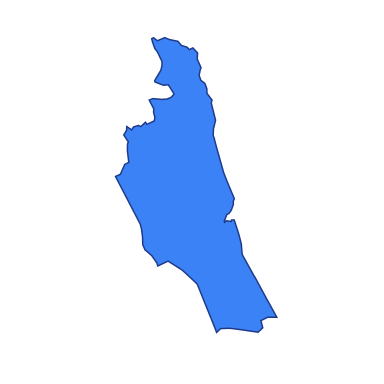 outline of Vega Alta, Puerto Rico, rotated 153°
{"feature_id": "32010507B37384670628479", "entity_name": "Vega Alta", "entity_type": "district", "adm_level": 2, "iso_a3": "PRI", "parent_name": "Puerto Rico", "parent_adm1": "", "projection": "robinson", "projection_center": [-66.341, 18.408], "detail": "fine", "context": "isolated", "style": "filled", "palette": "blue", "viewbox_px": 384, "rotation_deg": 153, "n_neighbors": 0, "source": "geoboundaries", "source_scale": "gbopen_adm2", "svg_char_len": 1728}
<svg xmlns="http://www.w3.org/2000/svg" viewBox="0 0 384 384"><g transform="rotate(153 192 192)"><path d="M253.1,240.6L252.7,187.6L252.7,187.0L253.7,182.3L256.4,174.6L259.8,167.4L260.1,161.6L258.7,158.5L257.4,155.0L256.8,154.0L255.5,144.6L256.1,141.6L244.7,141.3L238.4,130.6L236.5,127.5L235.0,123.8L232.5,116.9L229.4,108.4L229.2,107.0L232.6,68.3L233.4,59.8L233.8,55.7L231.2,56.5L228.5,57.3L227.0,56.6L221.6,54.1L219.9,53.2L219.1,52.7L215.4,50.2L210.1,46.5L208.7,45.6L205.0,42.9L196.8,37.1L193.6,38.0L193.3,38.1L190.6,38.9L189.0,46.1L188.0,46.1L182.2,46.1L181.5,46.1L173.3,41.9L173.7,55.2L174.0,62.7L174.6,87.8L174.9,89.5L174.9,92.4L175.4,106.3L175.6,112.1L175.6,113.7L171.6,123.5L169.5,132.9L167.3,146.4L167.2,148.1L169.6,149.1L170.4,147.9L174.3,150.7L176.7,150.2L176.5,151.3L171.1,156.2L168.7,156.1L165.3,157.9L160.8,162.1L159.5,164.9L157.3,166.9L156.1,183.8L155.0,194.9L150.4,218.0L148.3,228.0L147.9,229.1L147.5,232.6L144.3,238.4L138.4,245.3L135.6,257.6L134.4,262.6L132.4,264.8L133.9,273.1L131.9,277.2L131.2,283.0L133.4,287.4L132.7,292.7L129.4,296.9L127.5,298.7L127.0,308.1L123.9,313.4L125.8,320.0L129.8,320.1L130.6,323.2L135.0,327.5L136.1,332.6L143.0,338.2L146.2,341.9L154.2,342.5L156.2,346.9L158.3,346.9L159.0,344.0L160.0,336.8L159.2,332.5L159.5,322.0L161.2,318.5L164.5,314.6L174.7,308.2L175.0,306.8L169.0,300.1L164.5,298.3L163.6,289.4L163.6,287.3L167.7,285.8L172.2,286.2L177.0,288.3L184.5,293.0L188.4,293.3L188.3,283.5L190.0,280.6L191.2,275.3L192.7,273.3L193.3,272.5L201.4,272.7L201.8,275.3L207.9,273.5L209.4,275.6L214.6,276.5L217.5,274.7L220.4,279.9L222.3,276.7L226.9,273.8L226.0,265.6L227.7,264.0L230.7,258.4L234.9,247.1L239.4,247.1L247.8,240.3L253.1,240.6Z" fill="#3b82f6" stroke="#1e3a8a" stroke-width="1.5"/></g></svg>